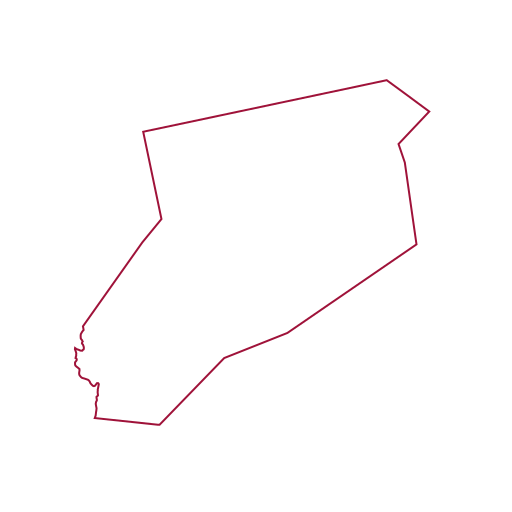 Bicurga, Centro Sur, Equatorial Guinea, rotated 168°
{"feature_id": "11065452B87560810385120", "entity_name": "Bicurga", "entity_type": "district", "adm_level": 2, "iso_a3": "GNQ", "parent_name": "Equatorial Guinea", "parent_adm1": "Centro Sur", "projection": "albers", "projection_center": [10.52, 1.549], "detail": "fine", "context": "isolated", "style": "outline", "palette": "rose", "viewbox_px": 512, "rotation_deg": 168, "n_neighbors": 0, "source": "geoboundaries", "source_scale": "gbopen_adm2", "svg_char_len": 1465}
<svg xmlns="http://www.w3.org/2000/svg" viewBox="0 0 512 512"><g transform="rotate(168 256 256)"><path d="M447.4,131.0L387.2,111.4L385.4,111.0L308.3,162.8L241.3,174.2L194.9,193.4L96.6,234.0L94.4,266.6L92.6,293.0L91.0,316.5L93.3,335.9L56.5,361.3L65.9,371.9L75.8,383.1L91.6,400.8L112.7,400.8L261.9,400.9L340.5,401.0L340.8,311.8L364.3,293.0L439.9,223.2L439.9,221.9L440.0,219.5L441.5,218.3L442.3,217.5L443.6,216.0L444.2,214.2L444.3,213.0L444.5,212.5L444.5,211.7L444.2,210.8L443.7,209.9L443.3,208.4L443.8,208.0L444.4,206.9L444.3,206.3L443.7,205.3L443.4,203.1L443.5,201.8L444.0,200.5L444.8,200.2L445.6,199.5L446.6,199.7L447.6,200.1L448.9,201.1L450.0,201.7L451.1,202.5L452.1,203.6L452.5,202.5L452.2,200.7L452.1,199.8L452.0,198.2L452.5,196.6L452.6,195.8L453.3,194.7L453.7,193.7L453.2,193.4L452.9,192.8L452.9,191.8L453.2,191.2L455.1,189.6L455.5,187.8L455.5,186.5L454.6,185.1L453.6,184.0L452.2,182.2L452.4,180.8L453.2,178.7L453.5,177.4L453.4,176.0L452.3,173.9L451.4,172.9L449.3,171.8L448.3,171.2L446.8,170.3L446.0,169.8L445.3,168.9L444.7,167.6L444.6,166.8L444.3,165.7L443.4,164.2L442.5,162.9L441.6,162.4L440.6,162.5L437.9,164.7L436.8,164.4L436.4,163.3L438.7,157.9L438.7,157.3L439.2,155.9L439.4,154.0L439.5,152.6L440.0,152.1L440.8,151.7L441.3,151.4L441.5,150.3L441.5,149.2L441.6,148.1L442.1,147.3L442.8,146.5L443.5,144.7L443.6,142.1L443.6,140.3L443.9,139.3L444.4,137.8L444.9,136.6L445.5,134.8L446.0,133.3L447.4,131.0Z" fill="none" stroke="#9f1239" stroke-width="2"/></g></svg>